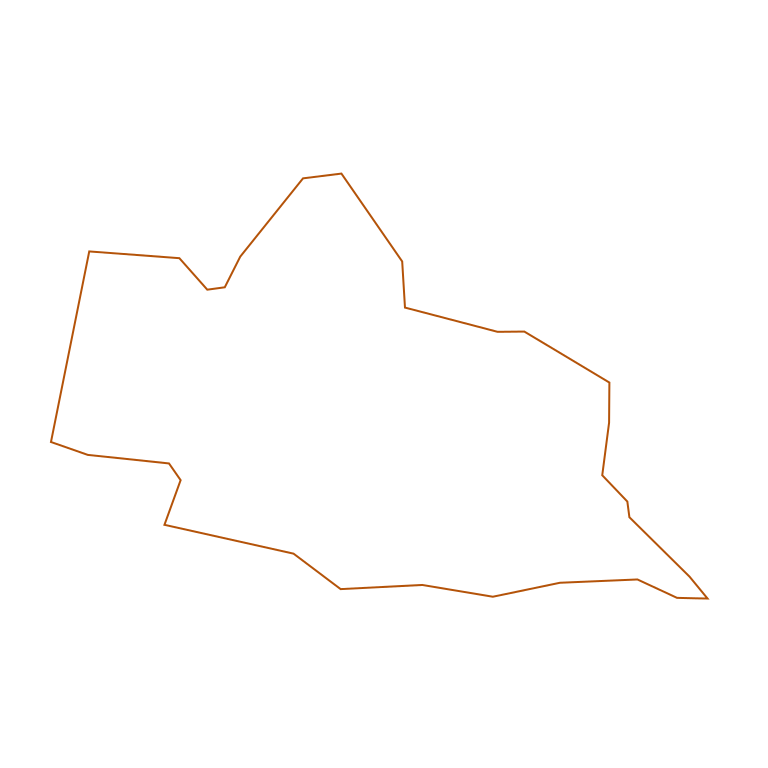 outline of Balléyara, Tillabéri, Niger, rotated 182°
{"feature_id": "23599985B53989443832132", "entity_name": "Balléyara", "entity_type": "district", "adm_level": 2, "iso_a3": "NER", "parent_name": "Niger", "parent_adm1": "Tillabéri", "projection": "orthographic", "projection_center": [2.816, 13.701], "detail": "fine", "context": "isolated", "style": "outline", "palette": "amber", "viewbox_px": 768, "rotation_deg": 182, "n_neighbors": 0, "source": "geoboundaries", "source_scale": "gbopen_adm2", "svg_char_len": 545}
<svg xmlns="http://www.w3.org/2000/svg" viewBox="0 0 768 768"><g transform="rotate(182 384 384)"><path d="M53.2,180.9L71.9,202.1L134.1,259.4L136.7,275.0L162.7,300.4L157.7,353.2L158.8,393.3L245.6,441.3L272.3,440.1L365.7,461.1L370.1,507.1L433.9,592.8L472.1,586.7L532.1,506.3L546.5,475.1L563.9,472.1L592.9,502.6L683.2,506.2L714.8,314.4L677.5,302.8L596.1,297.1L583.9,280.8L598.5,235.6L468.5,211.3L420.2,177.5L338.8,184.5L267.8,175.2L201.2,191.5L123.9,197.5L83.7,180.5L64.2,180.7L53.2,180.9Z" fill="none" stroke="#b45309" stroke-width="2"/></g></svg>